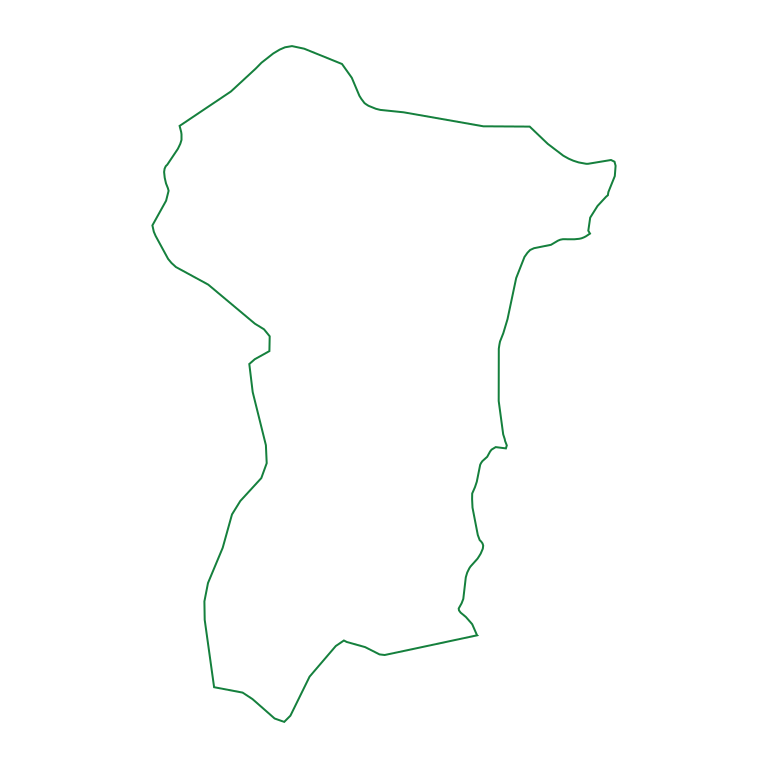 Prey Vêng, orthographic projection
{"feature_id": "KHM-1790", "entity_name": "Prey Vêng", "entity_type": "Province", "adm_level": 1, "iso_a3": "KHM", "parent_name": "Cambodia", "parent_adm1": "", "projection": "orthographic", "projection_center": [105.494, 11.354], "detail": "fine", "context": "isolated", "style": "outline", "palette": "green", "viewbox_px": 768, "rotation_deg": 0, "n_neighbors": 0, "source": "natural_earth", "source_scale": "10m", "svg_char_len": 1939}
<svg xmlns="http://www.w3.org/2000/svg" viewBox="0 0 768 768"><path d="M607.9,195.2L606.0,196.8L597.5,206.0L590.2,217.6L588.3,230.7L590.0,233.6L585.8,236.4L583.8,237.4L581.5,238.3L579.2,238.8L574.0,239.3L562.9,239.2L560.3,239.7L557.9,240.7L551.0,244.8L534.0,248.2L530.1,250.0L527.5,252.7L524.5,256.9L516.2,278.0L507.5,319.2L503.3,333.2L500.0,341.6L499.4,344.7L498.8,348.7L498.7,401.0L503.2,434.4L504.7,439.0L505.1,441.0L506.8,445.4L505.9,448.4L495.7,447.1L491.6,449.6L490.1,451.5L487.2,456.8L482.4,461.1L481.2,462.8L480.2,464.7L476.8,481.7L475.0,487.1L472.2,493.5L472.1,499.1L472.5,507.6L477.8,535.0L479.7,540.1L481.2,541.6L482.5,543.4L483.2,545.6L482.8,548.7L480.7,553.6L479.0,556.4L477.5,558.7L470.5,566.5L469.3,568.3L467.2,572.6L465.8,577.3L463.3,598.9L461.6,603.3L458.7,608.5L459.0,610.4L460.6,612.6L465.9,617.0L472.2,624.2L477.0,635.2L477.1,635.3L416.8,648.2L384.7,655.0L379.5,654.4L365.1,647.1L346.8,642.0L343.9,640.5L335.8,646.0L309.6,676.6L290.4,715.7L284.2,721.9L274.6,718.5L252.5,699.1L242.6,692.6L214.1,687.2L204.7,619.8L204.4,601.4L208.0,583.0L222.7,547.8L232.0,514.4L240.3,501.0L261.3,478.1L266.7,463.2L265.9,445.2L252.7,392.1L249.3,364.0L254.8,359.2L269.4,351.1L269.7,336.3L264.0,329.3L254.9,323.7L208.2,284.6L176.0,267.1L171.5,263.0L168.1,258.9L155.6,235.9L153.8,231.7L152.4,225.4L166.1,200.7L168.6,190.8L167.9,188.2L166.0,183.4L164.7,177.7L164.1,172.0L164.6,168.7L165.7,166.3L166.4,165.5L167.2,164.8L177.9,148.8L180.3,143.8L181.5,139.9L181.5,134.3L181.2,132.1L179.6,125.9L230.9,91.5L255.7,68.6L261.5,62.7L273.2,53.5L279.7,49.6L285.0,47.3L292.0,46.1L304.2,48.7L342.0,64.0L351.8,77.8L359.4,95.8L361.4,99.0L364.5,103.1L366.3,104.4L368.5,105.8L375.9,108.8L380.3,109.9L403.6,112.3L483.3,126.3L529.7,126.6L547.8,143.9L563.3,155.7L568.7,158.7L573.3,160.7L578.6,162.4L586.2,163.8L588.0,163.8L611.0,160.0L614.5,161.7L615.6,165.8L614.8,176.1L608.4,192.0L607.9,194.9L607.9,195.2Z" fill="none" stroke="#15803d" stroke-width="2"/></svg>